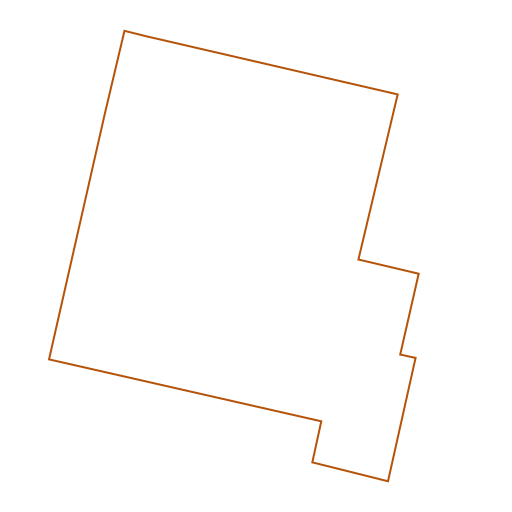 outline of Chickasaw, Mississippi, United States of America, rotated 283°
{"feature_id": "52423323B84097929612493", "entity_name": "Chickasaw", "entity_type": "district", "adm_level": 2, "iso_a3": "USA", "parent_name": "United States of America", "parent_adm1": "Mississippi", "projection": "equal_earth", "projection_center": [-88.985, 33.907], "detail": "fine", "context": "isolated", "style": "outline", "palette": "amber", "viewbox_px": 512, "rotation_deg": 283, "n_neighbors": 0, "source": "geoboundaries", "source_scale": "gbopen_adm2", "svg_char_len": 326}
<svg xmlns="http://www.w3.org/2000/svg" viewBox="0 0 512 512"><g transform="rotate(283 256 256)"><path d="M108.7,77.6L109.6,356.8L67.6,357.3L66.2,435.3L192.6,434.4L192.4,418.7L275.3,418.5L275.6,356.6L445.3,357.7L445.4,99.8L445.8,77.2L361.1,76.7L160.4,77.4L108.7,77.6Z" fill="none" stroke="#b45309" stroke-width="2"/></g></svg>